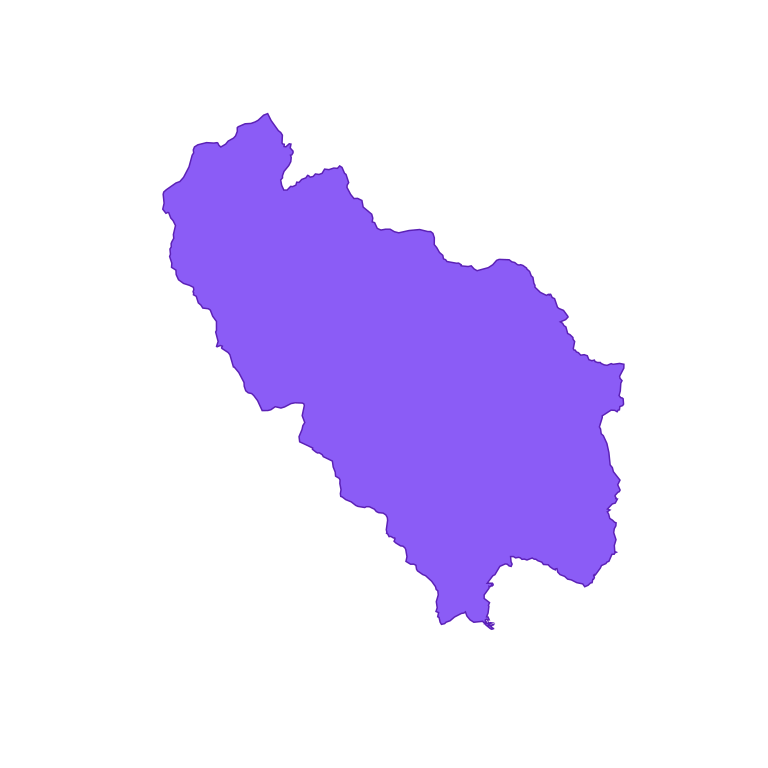 the district of Salistea De Sus, Maramures, Romania, rotated 117°
{"feature_id": "2599482B82116466406118", "entity_name": "Salistea De Sus", "entity_type": "district", "adm_level": 2, "iso_a3": "ROU", "parent_name": "Romania", "parent_adm1": "Maramures", "projection": "equal_earth", "projection_center": [24.362, 47.631], "detail": "fine", "context": "isolated", "style": "filled", "palette": "violet", "viewbox_px": 768, "rotation_deg": 117, "n_neighbors": 0, "source": "geoboundaries", "source_scale": "gbopen_adm2", "svg_char_len": 6171}
<svg xmlns="http://www.w3.org/2000/svg" viewBox="0 0 768 768"><g transform="rotate(117 384 384)"><path d="M315.2,666.9L322.8,662.0L328.7,660.5L330.9,655.8L329.3,654.5L329.1,653.6L332.9,649.4L334.2,646.1L337.5,641.7L346.5,639.5L349.6,637.5L353.7,637.6L355.6,637.4L358.4,635.8L360.9,636.0L365.3,633.2L367.7,632.9L372.7,627.9L376.5,626.3L377.0,621.1L380.9,618.8L384.4,614.4L385.4,608.3L384.4,602.1L384.4,597.7L386.3,596.3L388.6,596.0L389.1,595.0L391.0,594.3L391.1,591.1L396.0,586.3L396.8,583.0L398.6,579.9L396.7,574.7L397.0,572.3L401.4,567.4L404.3,561.7L412.3,557.6L414.1,557.6L421.4,551.1L426.5,550.3L426.6,549.6L424.0,547.3L423.7,545.2L425.6,545.1L425.9,544.5L426.7,537.2L427.9,534.6L437.2,525.9L436.9,525.1L439.7,518.6L446.2,509.4L449.5,507.5L452.8,504.1L453.5,501.0L452.6,497.6L453.4,494.8L456.2,489.1L463.0,480.5L460.4,475.5L458.3,473.1L453.6,470.6L452.2,464.9L449.6,462.2L443.7,458.0L441.1,454.7L438.0,448.0L438.1,446.4L439.4,445.2L449.4,442.5L454.3,437.1L458.0,437.4L461.7,436.4L469.5,435.8L473.8,432.9L473.4,418.5L474.7,418.1L475.6,413.5L475.6,411.9L474.7,410.4L475.0,407.0L476.3,405.1L476.1,395.0L481.0,391.6L484.6,387.5L488.1,385.3L488.4,381.1L489.5,379.6L492.8,378.1L497.7,374.3L501.5,373.1L503.8,371.5L503.6,369.9L504.4,365.6L503.9,359.7L505.0,354.1L504.9,351.7L502.8,345.1L501.3,344.0L500.0,341.4L499.9,335.7L501.1,333.0L501.1,330.5L499.4,326.1L499.8,322.9L501.5,320.4L503.8,318.9L512.8,315.8L515.0,314.0L515.8,314.0L516.0,312.5L517.7,310.2L516.7,308.7L516.9,305.6L516.3,304.6L517.0,303.9L519.6,303.6L520.3,301.1L520.7,295.8L519.9,293.5L520.5,291.0L521.6,289.5L527.5,285.1L532.1,283.9L532.5,278.5L531.0,275.7L531.0,273.3L534.3,270.9L535.3,269.3L536.2,263.0L535.9,260.0L538.1,252.0L541.2,246.1L543.4,244.2L543.8,242.2L547.3,239.9L554.2,238.6L559.2,235.0L563.1,234.4L562.9,231.6L567.0,230.5L567.0,229.0L570.7,225.9L572.1,223.7L570.0,221.2L568.0,220.5L564.9,217.6L559.6,215.4L553.2,210.8L551.8,208.8L550.1,208.0L553.1,204.8L555.1,200.2L555.5,195.8L550.7,188.4L552.5,183.6L553.7,178.0L553.6,176.6L551.8,174.9L552.3,175.9L551.6,178.5L549.8,178.2L548.9,177.1L548.4,177.1L551.6,180.5L551.8,181.6L550.7,181.7L550.6,181.0L550.2,181.5L547.9,179.4L548.4,180.9L549.1,180.7L549.1,181.9L549.7,181.8L549.2,182.6L550.2,182.5L550.4,184.4L550.7,184.0L551.5,185.2L549.5,184.8L549.8,185.8L548.0,186.6L547.0,185.7L547.4,184.1L546.6,184.1L546.3,183.3L544.4,185.5L544.9,186.9L540.8,187.3L534.5,189.6L533.8,190.5L530.9,190.7L529.6,197.4L526.5,199.0L518.4,197.7L516.7,198.4L516.9,197.8L515.9,197.0L514.4,196.9L514.9,196.3L514.7,195.4L514.5,196.1L513.6,195.5L512.9,195.9L512.3,197.0L514.7,201.6L505.5,200.0L503.5,198.6L493.9,198.0L489.3,194.3L488.6,192.4L489.3,190.0L488.8,187.9L486.3,188.1L484.7,190.1L480.3,192.9L479.0,190.3L479.2,187.8L477.4,185.5L477.0,183.6L477.6,181.5L476.3,179.5L475.9,176.7L471.8,173.0L471.9,170.7L471.2,169.1L471.6,166.9L471.1,162.5L472.4,160.0L470.5,155.6L471.5,153.1L472.0,149.5L471.8,147.0L471.0,147.3L470.0,146.1L472.7,143.8L473.9,140.6L473.4,135.7L474.5,131.8L473.5,128.2L473.5,122.1L471.9,116.2L473.5,113.1L470.7,110.8L467.6,109.7L466.5,108.4L463.3,109.3L462.9,108.7L461.1,108.6L459.2,110.4L458.1,109.8L458.5,109.2L457.4,108.9L449.9,107.7L447.0,107.8L443.3,104.8L441.5,104.5L439.8,103.1L432.3,103.6L431.1,101.6L429.9,101.7L428.4,100.6L428.5,102.3L423.3,105.5L417.4,106.6L412.1,111.9L408.4,113.1L405.1,113.0L402.3,114.2L402.5,115.8L401.6,118.6L401.3,121.8L397.8,124.9L396.5,127.0L393.7,125.5L394.0,128.2L387.2,126.1L385.1,123.9L380.5,123.8L380.9,125.5L379.9,125.7L379.4,126.9L378.3,127.5L374.4,126.5L373.1,125.5L371.3,125.5L367.7,130.0L362.5,130.1L358.0,139.8L354.8,142.6L353.4,145.8L343.0,152.5L335.8,158.4L330.5,165.1L329.7,167.9L325.7,170.7L324.5,172.6L314.8,174.3L313.3,175.1L304.2,169.8L302.7,166.4L302.9,163.7L300.9,163.5L300.2,162.5L297.0,163.6L294.9,161.6L293.2,161.4L288.6,164.2L288.3,165.3L288.7,166.9L287.6,169.3L282.9,170.3L275.7,173.4L273.0,173.4L271.8,176.3L270.1,177.6L261.0,177.5L257.5,179.2L258.7,183.4L262.5,188.9L262.7,190.8L266.1,193.7L267.0,196.5L267.1,200.0L266.6,201.0L267.9,203.5L268.2,206.1L267.2,207.4L268.9,209.4L269.3,212.5L266.5,215.7L267.0,219.0L269.0,221.8L267.8,225.1L268.1,227.1L267.0,229.0L267.5,230.0L266.6,231.4L259.6,233.4L258.3,235.9L256.8,236.8L255.6,240.7L255.6,243.3L250.6,247.8L250.3,250.2L248.8,252.5L248.6,255.1L244.2,251.4L240.8,250.4L240.3,250.8L236.9,257.5L237.3,262.4L236.9,264.2L230.5,270.8L230.6,273.4L228.5,276.1L228.6,276.9L229.8,277.2L229.5,278.3L231.3,279.5L231.4,286.3L229.2,293.5L227.5,294.3L226.2,296.2L221.4,299.7L220.8,301.9L217.6,305.4L216.7,308.9L216.0,309.6L215.3,314.1L215.7,316.5L216.7,317.6L217.1,319.3L216.4,322.7L217.1,325.5L216.5,328.9L220.7,338.0L222.7,339.8L228.3,341.2L233.0,343.9L240.8,352.5L240.6,355.9L239.1,359.9L241.1,362.3L243.3,367.8L243.6,369.1L242.7,369.3L242.4,372.4L243.5,374.3L246.3,383.5L245.3,385.5L245.5,387.8L242.7,390.0L241.6,394.3L238.5,399.0L237.0,402.5L230.9,405.5L227.6,408.8L227.0,411.6L228.3,414.3L230.2,422.4L235.9,431.4L242.6,439.5L243.6,443.9L243.3,448.8L245.3,452.8L248.2,456.6L248.4,459.3L248.3,460.8L244.5,465.6L244.9,468.1L241.3,469.3L238.3,472.0L235.8,482.9L230.5,487.0L230.6,491.8L232.4,495.0L230.2,499.8L225.7,506.2L223.6,507.1L220.6,506.9L214.5,513.0L214.2,514.8L210.1,519.7L209.8,522.5L213.0,523.4L214.4,526.8L218.0,530.4L219.5,534.5L224.4,534.8L226.8,537.0L228.0,540.5L231.2,541.3L233.2,543.6L232.6,545.8L232.8,546.8L235.8,547.2L239.1,550.2L242.9,551.2L243.8,553.4L246.8,552.8L249.6,555.0L250.3,556.9L255.2,558.4L256.7,561.3L253.4,565.4L249.1,568.7L246.4,568.0L244.6,569.0L240.0,569.6L232.6,568.0L228.2,568.0L224.3,569.5L222.6,571.2L221.8,570.2L219.3,570.0L217.8,570.8L216.3,574.7L212.5,575.8L213.0,577.5L217.2,579.1L217.8,580.9L215.7,581.7L216.1,583.3L215.5,584.3L208.4,587.5L206.8,590.2L206.2,593.2L200.5,604.2L195.9,610.4L199.1,613.3L206.2,615.9L209.0,617.8L212.2,620.8L215.2,625.9L221.0,630.7L222.3,631.1L225.5,629.4L230.3,628.9L233.2,629.7L238.2,633.1L242.2,634.0L246.9,637.0L246.3,639.4L244.7,641.6L244.8,642.4L246.6,645.0L249.5,651.7L255.4,658.5L258.8,660.5L262.0,660.2L264.5,658.5L267.2,658.8L279.1,656.3L290.8,656.4L296.3,657.8L299.3,660.6L309.8,666.2L312.9,667.4L315.2,666.9Z" fill="#8b5cf6" stroke="#5b21b6" stroke-width="1.5"/></g></svg>